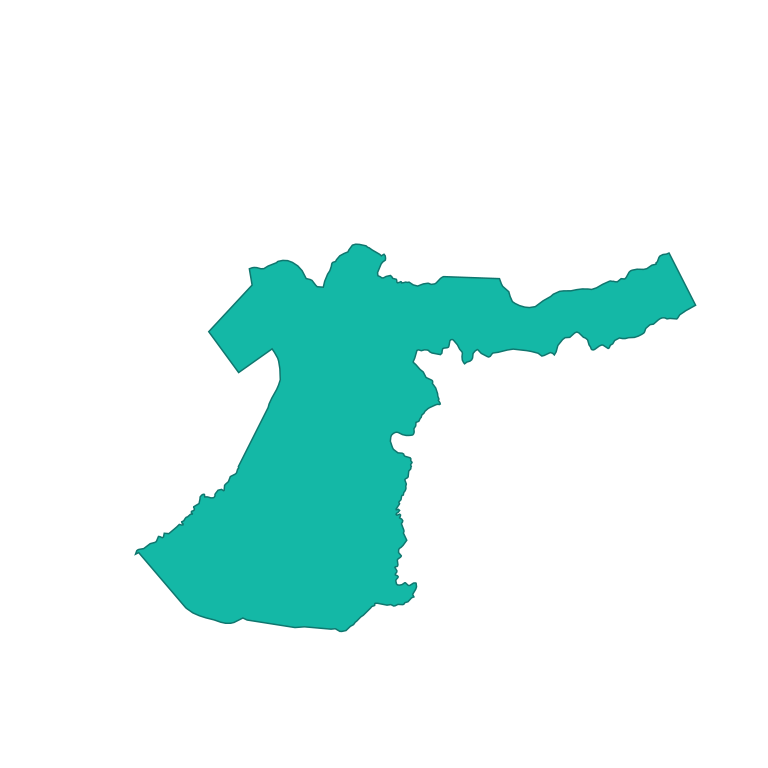 Marcala, La Paz, Honduras (Robinson projection), rotated 227°
{"feature_id": "27666195B78924696380449", "entity_name": "Marcala", "entity_type": "district", "adm_level": 2, "iso_a3": "HND", "parent_name": "Honduras", "parent_adm1": "La Paz", "projection": "robinson", "projection_center": [-88.047, 14.123], "detail": "fine", "context": "isolated", "style": "filled", "palette": "teal", "viewbox_px": 768, "rotation_deg": 227, "n_neighbors": 0, "source": "geoboundaries", "source_scale": "gbopen_adm2", "svg_char_len": 6159}
<svg xmlns="http://www.w3.org/2000/svg" viewBox="0 0 768 768"><g transform="rotate(227 384 384)"><path d="M207.9,260.7L210.1,261.3L210.7,261.8L212.3,267.3L213.5,269.5L216.4,271.6L217.2,271.2L218.3,269.8L219.1,265.4L220.1,264.4L224.0,264.1L224.5,263.6L225.0,260.4L226.2,258.3L227.8,256.9L229.3,256.8L232.2,258.5L232.7,259.9L232.9,262.2L233.5,263.0L234.6,263.0L236.7,262.1L237.4,262.9L237.7,265.0L238.5,266.0L242.5,266.9L242.5,267.8L241.7,268.9L241.6,269.7L242.3,270.9L246.2,273.7L246.5,275.1L246.1,277.7L246.2,278.9L246.6,279.5L250.8,279.7L253.0,281.9L253.2,283.6L252.9,285.2L253.0,288.0L254.2,294.1L261.7,296.5L262.6,298.1L263.5,298.8L269.6,301.3L270.2,302.0L270.4,303.3L271.2,304.5L273.1,304.8L275.5,304.1L276.4,306.2L277.0,306.8L278.1,306.7L279.2,304.0L280.2,303.8L280.9,304.9L280.5,306.8L280.9,309.2L282.6,309.0L283.6,307.2L284.3,307.6L285.6,313.2L285.9,313.8L287.1,314.0L287.6,314.7L287.8,317.5L289.9,320.3L290.2,321.2L289.6,322.4L291.2,324.5L291.3,325.9L292.0,327.8L292.8,329.0L294.3,330.1L295.6,332.1L299.8,333.9L300.0,335.1L299.5,336.8L299.6,338.3L303.4,342.7L303.7,345.8L304.5,346.4L305.1,347.8L306.4,348.1L307.0,348.7L307.2,350.2L307.6,351.1L309.8,351.3L310.9,352.6L312.2,352.8L316.8,350.1L317.8,349.9L319.4,350.6L321.0,350.1L324.2,347.2L329.4,346.4L330.7,346.5L333.0,347.4L337.8,349.6L340.6,352.8L341.5,354.6L341.5,357.0L341.0,359.0L340.1,360.4L338.9,361.3L334.4,363.0L331.3,365.1L328.9,367.7L327.4,369.8L327.2,370.6L327.4,371.8L328.3,373.3L330.9,375.4L331.7,378.6L334.1,381.2L333.0,384.0L334.2,387.2L334.2,388.3L335.5,390.5L335.4,393.2L336.1,395.3L336.0,399.4L335.6,401.3L333.4,407.9L332.5,409.5L331.2,410.5L331.0,411.5L332.1,412.1L335.0,412.6L335.5,413.9L338.3,415.0L340.4,416.6L345.8,419.1L351.5,419.8L352.2,421.0L353.3,421.6L354.3,421.5L360.1,419.2L366.0,420.9L370.1,420.3L376.4,420.5L379.9,420.2L380.4,420.6L382.0,424.2L386.1,431.0L385.4,432.6L382.9,434.0L381.4,436.9L379.5,438.7L378.3,439.4L376.4,439.4L374.0,440.2L367.0,445.3L367.1,447.4L368.8,449.4L369.8,451.1L369.3,452.4L367.4,455.0L367.0,456.3L367.5,457.4L370.7,461.7L370.8,462.9L370.1,464.2L368.9,464.7L362.5,464.4L358.0,463.1L354.1,462.9L353.0,462.3L350.8,459.7L348.1,457.6L345.3,456.8L343.8,456.7L343.5,459.6L342.1,462.4L341.9,464.6L342.6,466.5L345.6,470.0L346.0,473.2L345.6,475.7L344.8,476.0L340.1,476.0L333.5,478.3L332.3,479.0L331.8,480.6L332.4,483.7L332.3,484.9L329.4,489.0L324.8,497.3L321.4,502.3L311.0,511.2L307.4,513.9L301.4,517.7L296.8,518.5L295.6,520.7L293.6,527.0L291.5,528.3L289.1,528.4L290.1,531.8L293.6,537.4L294.7,544.9L294.4,548.0L291.4,551.7L291.3,558.3L290.5,560.5L288.5,561.4L282.2,561.7L280.1,562.7L277.4,563.0L272.7,560.6L270.4,560.3L268.2,559.4L267.2,559.5L266.2,560.3L265.6,561.6L264.9,567.5L264.0,569.9L263.0,570.7L257.3,572.1L256.9,572.5L256.9,573.5L258.0,576.0L257.4,578.7L258.5,582.4L257.1,587.6L254.7,589.3L252.7,591.4L251.1,594.4L247.3,598.9L245.6,602.6L244.5,606.4L244.1,608.8L244.4,610.1L246.1,613.3L246.0,618.3L245.8,619.3L244.0,621.9L243.8,628.2L243.5,630.4L242.8,632.3L241.7,633.7L240.6,634.6L238.6,635.4L237.0,637.8L231.9,642.5L232.0,643.9L232.9,647.5L231.8,654.7L229.1,665.6L285.4,681.8L286.4,679.1L288.4,676.4L289.4,673.1L289.1,671.5L287.0,667.3L287.0,665.4L286.3,665.2L286.1,664.6L288.2,661.0L289.1,654.9L290.7,652.1L295.4,647.3L298.0,643.1L298.6,641.5L298.6,639.5L296.7,633.6L296.7,631.6L299.3,629.3L299.6,624.3L301.1,622.8L302.7,621.8L303.6,620.7L304.7,620.1L305.4,619.0L307.8,611.9L309.4,605.0L311.5,600.4L314.4,597.9L318.4,593.7L321.5,589.4L324.7,584.2L329.5,579.0L332.0,575.6L334.2,569.1L334.3,565.6L336.3,557.4L337.4,547.4L340.7,542.5L344.2,539.4L348.9,536.6L353.5,534.8L356.7,534.1L361.9,535.9L366.4,538.2L374.5,537.4L377.1,538.1L382.3,540.3L421.8,500.9L422.3,499.8L422.7,497.4L422.3,491.0L422.6,489.4L424.7,486.4L427.2,485.3L428.0,484.5L430.4,481.0L432.7,475.4L436.5,473.0L441.4,471.8L442.3,470.4L443.8,469.3L444.8,467.3L446.0,465.8L446.9,466.3L447.4,466.1L447.9,464.4L448.8,462.9L449.8,462.9L451.3,464.1L452.2,464.4L455.4,462.4L457.2,462.9L459.0,462.7L461.2,458.9L462.0,455.9L463.1,454.8L465.0,454.4L467.4,453.4L469.9,455.3L473.7,463.7L474.1,466.1L473.7,469.5L474.9,470.9L476.9,472.3L478.9,472.5L479.6,469.4L481.8,469.3L490.0,466.8L493.8,466.0L495.1,465.3L497.3,465.1L502.9,461.2L505.6,458.6L507.1,455.6L506.0,449.7L505.2,447.7L506.7,443.8L507.9,439.1L507.3,434.0L506.6,432.1L507.8,429.7L507.9,428.9L507.5,427.7L505.9,425.6L503.8,421.7L502.8,417.7L499.6,410.7L496.2,405.6L500.7,401.5L502.6,401.4L508.8,402.0L510.7,401.3L514.2,399.0L522.7,401.4L529.1,401.5L535.3,400.0L539.9,397.7L543.4,394.3L545.9,390.2L546.1,389.5L546.0,388.2L549.3,379.7L550.3,374.8L552.2,372.6L555.9,370.3L557.8,368.5L558.9,366.9L560.1,364.1L546.3,355.0L541.8,291.5L491.5,285.5L486.0,326.1L481.6,325.4L475.4,323.9L472.5,322.5L466.1,318.2L457.8,311.0L455.0,305.9L453.2,301.7L450.2,292.3L447.8,286.4L445.8,283.2L422.9,221.1L421.7,220.5L421.5,218.8L419.6,215.6L419.5,214.0L421.1,208.5L418.7,203.6L418.8,199.7L418.6,198.3L415.2,194.5L415.5,193.8L417.7,193.3L419.5,190.2L418.8,185.8L418.3,184.8L417.5,184.2L417.1,183.2L417.0,182.1L417.4,181.3L418.8,179.7L421.7,178.0L423.7,175.9L425.6,177.3L426.1,177.2L426.7,176.4L427.1,174.8L426.8,172.5L425.4,171.0L422.7,167.2L424.0,161.2L423.5,160.6L422.1,160.3L421.4,159.3L421.3,158.4L422.1,156.5L421.9,155.9L421.2,155.4L420.0,155.5L419.6,155.1L420.7,153.6L420.8,149.7L421.4,148.5L421.3,147.0L420.5,144.2L421.2,142.1L420.3,141.5L418.6,141.6L418.1,141.0L418.9,139.8L420.9,138.5L420.8,135.0L421.3,124.6L424.7,121.5L422.5,118.4L422.8,117.0L425.2,116.0L426.3,115.1L424.3,110.6L424.1,109.4L424.6,108.0L426.7,104.1L427.5,96.0L430.2,91.9L430.6,90.8L430.7,89.5L429.0,86.2L428.0,89.6L355.5,86.4L353.6,86.7L347.0,88.1L340.5,90.9L334.4,94.3L327.3,98.9L321.2,102.1L317.0,105.0L313.6,108.7L311.9,111.7L309.1,121.2L304.8,122.9L266.6,152.8L260.7,160.2L240.8,178.1L238.2,181.5L233.2,183.0L231.8,184.4L229.6,188.1L229.7,194.2L228.8,197.6L229.4,200.6L229.2,202.1L229.5,208.1L229.0,211.2L229.3,221.4L229.6,223.2L228.4,226.1L229.6,227.4L229.6,228.0L228.1,229.7L220.2,235.4L218.0,238.6L215.0,239.7L214.2,240.9L213.3,243.9L209.9,247.2L209.4,248.2L209.8,250.2L208.4,253.0L208.8,258.4L207.9,260.7Z" fill="#14b8a6" stroke="#0f766e" stroke-width="1.5"/></g></svg>